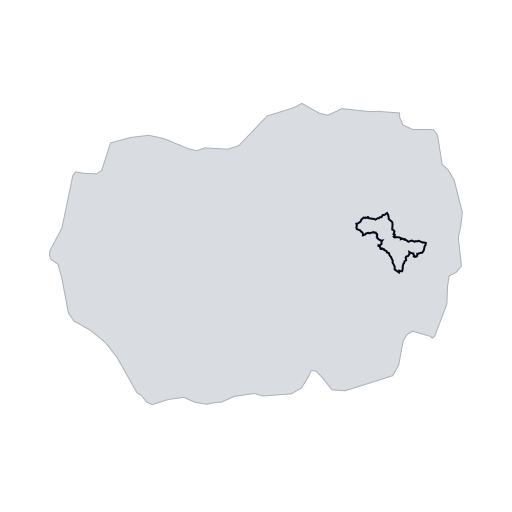 Drugovo, Drugovo, North Macedonia shown in context, rotated 188°
{"feature_id": "65306769B99207835594431", "entity_name": "Drugovo", "entity_type": "district", "adm_level": 2, "iso_a3": "MKD", "parent_name": "North Macedonia", "parent_adm1": "Drugovo", "projection": "mercator", "projection_center": [20.907, 41.458], "detail": "fine", "context": "in_parent", "style": "outline", "palette": "ink", "viewbox_px": 512, "rotation_deg": 188, "n_neighbors": 0, "source": "geoboundaries", "source_scale": "gbopen_adm2", "svg_char_len": 2720}
<svg xmlns="http://www.w3.org/2000/svg" viewBox="0 0 512 512"><g transform="rotate(188 256 256)"><path d="M229.6,118.4L238.6,119.6L257.9,114.0L270.0,106.4L276.2,105.2L284.3,102.3L296.1,102.7L308.0,106.0L323.2,101.6L338.1,94.4L344.1,96.2L350.5,102.3L354.8,104.0L379.5,136.2L393.0,149.2L409.0,159.1L427.2,166.3L433.7,173.2L445.3,207.3L450.9,220.3L458.6,224.1L460.5,227.8L460.8,232.7L452.1,256.6L448.6,310.0L446.4,314.2L437.3,314.0L425.3,315.1L420.7,319.2L415.8,347.8L396.4,356.0L378.8,360.6L363.9,359.5L337.8,352.8L329.3,352.0L321.9,355.9L298.6,357.9L288.4,362.9L264.4,396.2L240.0,407.7L231.8,413.5L213.2,406.2L204.3,405.4L191.4,413.9L163.2,414.8L155.5,416.2L133.8,417.6L132.9,413.0L128.9,406.3L118.7,403.1L98.0,405.8L93.0,400.9L84.4,372.6L77.8,368.1L70.3,358.6L57.7,327.8L57.4,314.2L58.2,302.4L51.2,274.7L55.5,267.6L62.0,263.2L62.1,252.0L60.3,235.0L67.9,201.5L70.0,199.1L72.0,200.7L90.7,203.3L95.5,199.1L98.5,192.5L99.5,167.9L104.0,156.5L149.1,134.9L162.3,134.1L172.5,144.0L180.6,150.4L185.4,150.2L187.2,143.8L192.7,131.5L201.9,124.4L229.4,118.4L229.6,118.4Z" fill="#d9dde1" stroke="#a8b0b8" stroke-width="1"/><path d="M136.2,283.6L136.2,283.0L134.7,282.6L133.5,280.3L132.7,280.4L132.2,281.1L130.7,280.2L130.3,280.5L129.6,279.7L127.4,279.0L126.8,277.7L124.9,277.5L123.8,275.2L122.0,273.7L121.6,272.8L119.9,270.3L119.9,268.6L117.3,265.1L116.8,262.0L113.9,260.5L112.2,259.6L112.2,261.4L109.9,261.0L109.2,261.3L108.9,264.4L109.3,265.6L108.9,269.0L108.3,269.7L108.2,271.4L106.7,272.8L107.6,275.2L107.2,276.3L105.6,277.0L104.3,279.2L104.8,281.3L103.2,280.6L100.5,280.4L100.4,279.4L99.3,278.5L99.6,277.5L98.7,277.2L97.0,277.8L96.4,278.6L96.6,280.6L96.1,280.6L93.3,282.1L92.1,282.2L91.6,282.9L90.6,285.1L90.4,288.9L89.6,290.6L89.7,292.6L91.9,292.8L92.7,292.5L97.1,293.7L98.1,293.0L100.0,292.9L100.9,292.2L104.0,293.0L107.1,291.3L109.3,292.6L111.0,292.8L111.1,293.4L112.1,293.1L113.1,293.6L114.7,292.9L114.6,293.7L116.9,294.4L120.3,294.1L120.9,293.7L121.8,293.9L122.3,294.3L121.7,294.8L121.5,296.4L122.8,296.7L122.3,299.6L123.4,300.7L124.8,301.2L125.2,306.6L125.8,308.6L129.5,310.9L130.7,314.8L132.3,316.8L134.3,314.7L136.2,314.2L137.2,311.9L138.9,311.5L139.5,310.5L140.4,310.5L142.8,308.7L144.4,309.1L149.4,309.1L150.3,310.1L150.8,310.1L151.4,309.1L152.8,309.3L153.2,308.8L154.6,309.1L156.6,306.9L157.4,304.4L160.1,302.1L161.1,301.9L160.3,299.8L160.6,298.1L159.9,296.7L156.3,295.8L155.4,294.8L154.1,294.3L153.1,292.8L153.0,291.4L150.9,292.5L150.2,293.6L148.0,294.6L147.0,294.2L143.0,296.0L142.7,295.6L140.7,295.9L139.8,294.6L139.3,294.6L138.8,293.6L139.1,291.8L138.4,291.3L138.3,290.5L136.5,289.4L134.1,288.6L133.1,288.9L133.7,287.7L133.4,285.2L135.5,283.3L136.2,283.6Z" fill="none" stroke="#020617" stroke-width="2"/></g></svg>